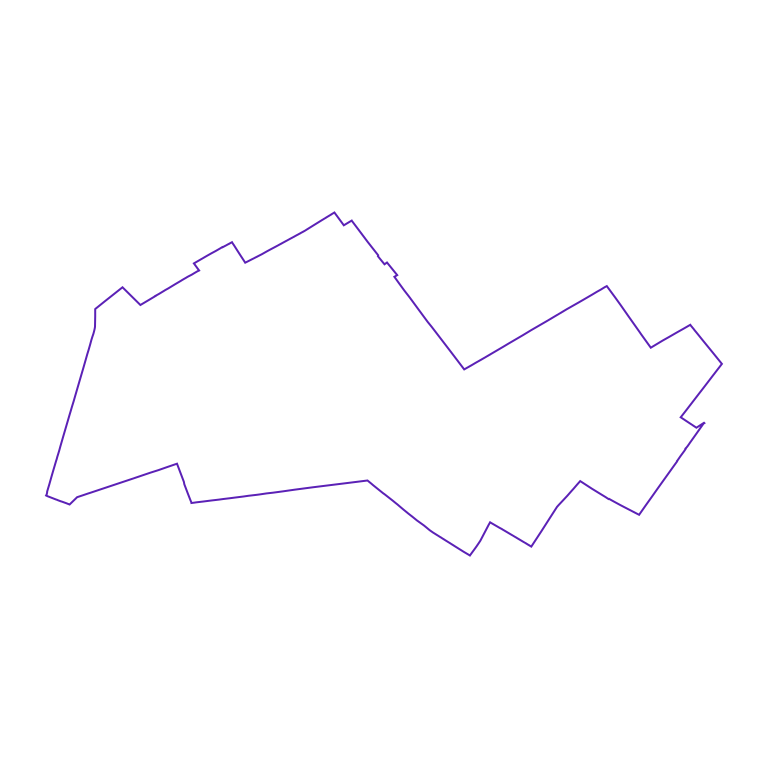 the district of Glodeanu-Silistea, Buzau, Romania
{"feature_id": "2599482B12439235615588", "entity_name": "Glodeanu-Silistea", "entity_type": "district", "adm_level": 2, "iso_a3": "ROU", "parent_name": "Romania", "parent_adm1": "Buzau", "projection": "robinson", "projection_center": [26.776, 44.841], "detail": "fine", "context": "isolated", "style": "outline", "palette": "violet", "viewbox_px": 768, "rotation_deg": 0, "n_neighbors": 0, "source": "geoboundaries", "source_scale": "gbopen_adm2", "svg_char_len": 3834}
<svg xmlns="http://www.w3.org/2000/svg" viewBox="0 0 768 768"><path d="M69.6,504.5L76.3,498.0L77.1,497.2L81.9,495.6L88.4,493.4L89.7,493.0L98.4,490.1L110.1,486.2L131.4,479.1L150.6,472.6L158.5,470.1L166.5,467.3L177.0,463.7L183.9,481.9L184.3,484.2L184.6,485.0L187.9,493.7L190.4,500.1L190.9,501.3L191.5,502.9L191.5,503.0L194.6,502.6L195.8,502.4L203.4,501.5L212.1,500.4L213.9,500.2L219.0,499.6L223.4,499.0L230.1,498.2L234.7,497.6L243.5,496.5L248.3,495.8L256.9,494.8L259.9,494.4L266.6,493.4L267.5,493.3L272.9,492.7L283.3,491.3L294.5,489.7L312.7,487.3L341.8,483.7L354.7,482.1L367.5,480.5L371.4,483.7L372.9,485.0L383.7,493.7L384.0,493.8L392.8,500.7L395.6,503.0L397.5,504.5L399.7,506.4L403.6,509.7L408.5,513.7L413.1,517.3L416.9,520.4L420.1,522.7L423.3,525.0L424.0,525.5L426.8,527.8L429.2,529.8L430.1,530.5L432.4,532.1L432.8,532.4L463.7,551.8L468.6,554.7L469.3,555.1L469.9,555.5L471.2,553.7L475.3,548.1L476.8,546.0L479.9,541.4L480.3,540.8L487.9,526.3L488.3,525.5L490.1,522.3L490.9,522.8L499.7,527.9L502.0,529.1L502.2,529.3L504.6,530.7L510.5,534.2L521.1,540.5L531.3,546.6L541.6,530.9L550.5,517.0L557.0,506.9L558.5,505.2L563.1,500.3L567.3,495.8L571.5,491.0L573.5,488.8L577.1,484.6L580.2,481.1L580.8,481.5L581.3,481.8L589.9,487.4L591.9,488.7L599.7,493.5L605.6,497.1L608.0,498.7L608.7,499.1L609.1,498.9L610.2,499.5L610.7,499.8L614.5,501.9L620.4,505.1L625.0,507.5L639.1,514.8L645.7,505.4L652.4,496.0L657.4,488.9L663.9,479.8L667.7,474.5L673.7,466.1L677.1,461.4L677.3,460.9L677.2,460.8L677.6,460.3L680.5,456.1L684.4,450.8L685.7,448.8L685.5,448.5L686.5,447.5L687.7,446.0L690.4,442.1L695.1,435.5L699.4,429.4L703.5,423.6L704.3,423.1L704.0,422.8L696.4,427.7L680.7,417.3L685.1,411.7L699.2,393.4L705.0,385.9L711.8,377.0L721.9,363.9L712.7,352.5L702.5,340.0L698.4,334.9L696.2,332.2L694.7,330.4L693.5,328.8L692.3,327.4L692.1,327.1L690.9,325.7L690.7,325.4L690.3,324.8L683.9,328.5L677.5,332.1L675.4,333.3L669.0,337.0L662.6,340.6L650.8,347.7L647.2,342.7L640.8,333.8L640.0,332.6L635.7,326.5L628.7,316.6L620.8,305.3L615.2,297.5L606.8,286.1L604.7,287.2L600.8,289.6L596.7,291.9L595.7,292.5L592.2,294.6L583.1,299.9L578.6,302.5L566.8,309.2L556.4,315.4L546.3,321.4L531.1,330.2L527.5,332.4L526.0,333.3L522.7,335.3L517.9,338.1L510.9,342.2L508.5,343.6L503.5,346.6L498.4,349.6L483.4,358.4L475.5,362.9L472.3,364.8L464.2,369.4L450.6,351.5L436.5,333.1L431.5,326.6L428.0,322.3L427.6,321.8L418.9,310.0L411.2,299.5L411.0,299.3L410.4,298.4L408.5,295.9L404.3,290.5L398.9,283.1L394.4,276.8L397.2,275.1L387.0,262.5L384.5,264.3L380.4,259.3L377.9,256.2L378.2,255.3L367.6,241.8L357.4,228.2L352.8,222.1L351.8,220.8L351.7,220.6L349.3,222.0L343.8,225.3L343.5,224.9L342.5,223.5L334.4,212.5L322.3,219.9L313.9,225.1L304.6,230.9L275.8,246.6L270.7,249.3L267.0,251.3L264.7,252.6L261.9,254.2L247.0,261.8L245.2,262.7L243.8,260.5L240.4,255.3L237.5,250.8L234.2,245.6L232.7,243.4L232.0,242.2L222.5,247.3L222.3,247.1L220.2,248.4L215.7,251.0L211.6,253.2L207.0,255.8L193.9,263.4L197.9,268.9L199.1,270.5L198.5,270.8L197.4,271.3L194.5,273.0L191.7,274.7L188.4,276.4L187.3,277.0L186.0,277.8L183.9,279.0L182.2,280.0L180.6,281.0L175.0,284.3L168.1,288.5L165.2,290.1L164.6,290.5L159.0,293.9L155.4,295.9L155.5,296.0L149.5,299.6L140.4,305.0L122.5,287.3L104.7,301.4L96.0,308.4L95.8,308.5L95.2,309.1L95.2,316.3L95.0,326.8L94.7,328.6L94.2,330.8L93.4,333.8L92.4,336.7L91.4,339.9L90.1,344.7L88.6,349.9L87.3,354.1L86.0,358.7L83.2,368.5L82.4,371.2L81.2,375.3L78.6,384.2L75.1,396.2L73.7,401.1L72.0,406.6L70.3,412.4L70.1,413.0L63.1,436.9L60.3,446.6L59.3,450.3L58.4,453.3L57.3,456.8L56.7,459.1L56.1,460.9L54.6,466.0L53.0,471.4L51.5,476.6L49.3,484.4L48.1,488.4L47.2,491.4L47.1,492.2L47.1,492.6L46.7,494.4L46.1,495.5L46.3,495.6L47.8,496.3L49.6,497.0L53.7,498.6L56.0,499.5L56.7,499.7L58.1,500.3L60.8,501.3L61.5,501.5L62.1,501.7L66.8,503.4L67.0,503.5L68.8,504.2L69.6,504.5Z" fill="none" stroke="#5b21b6" stroke-width="2"/></svg>